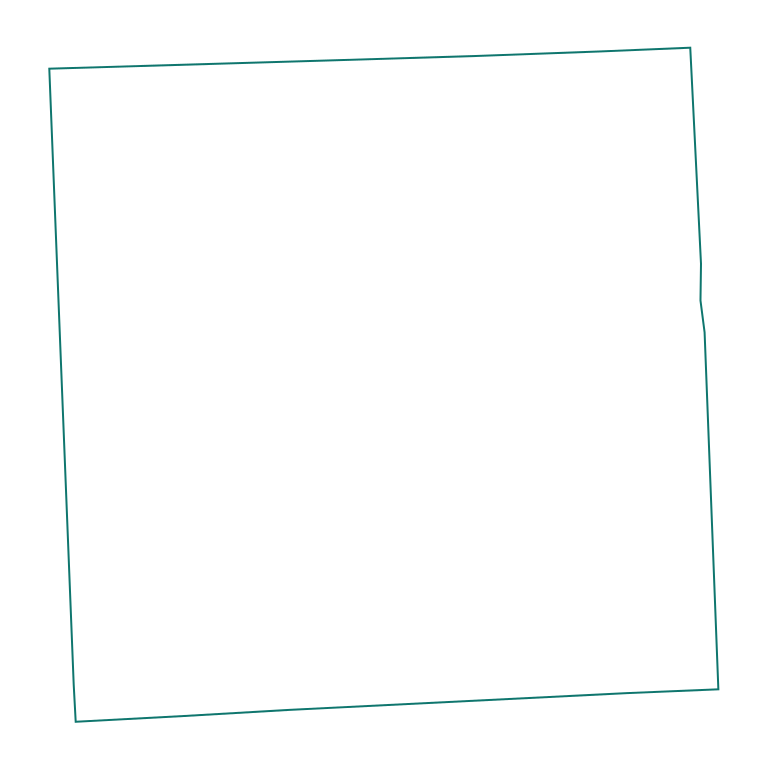 Marshall, Indiana, United States of America, rotated 88°
{"feature_id": "52423323B84214728931657", "entity_name": "Marshall", "entity_type": "district", "adm_level": 2, "iso_a3": "USA", "parent_name": "United States of America", "parent_adm1": "Indiana", "projection": "orthographic", "projection_center": [-86.259, 41.325], "detail": "fine", "context": "isolated", "style": "outline", "palette": "teal", "viewbox_px": 768, "rotation_deg": 88, "n_neighbors": 0, "source": "geoboundaries", "source_scale": "gbopen_adm2", "svg_char_len": 346}
<svg xmlns="http://www.w3.org/2000/svg" viewBox="0 0 768 768"><g transform="rotate(88 384 384)"><path d="M701.4,151.6L700.8,60.5L343.6,61.8L311.6,64.8L274.9,63.0L58.6,66.2L59.2,157.6L59.4,279.9L58.7,432.5L58.2,524.2L57.2,707.5L673.6,704.6L710.8,703.9L708.8,595.1L706.4,491.1L701.4,151.6Z" fill="none" stroke="#0f766e" stroke-width="2"/></g></svg>